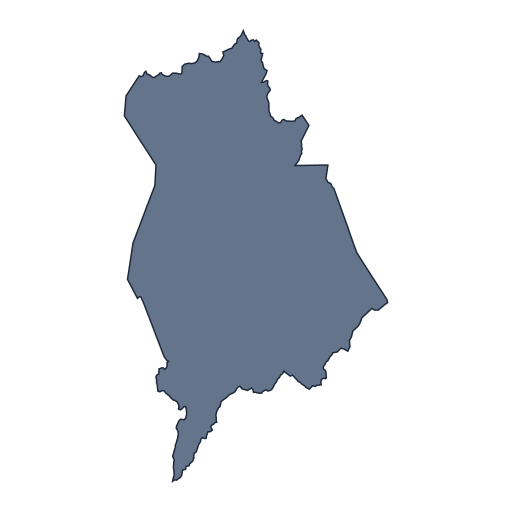 Serra Talhada, Pernambuco, Brazil (Equal Earth projection)
{"feature_id": "56859067B63489137036469", "entity_name": "Serra Talhada", "entity_type": "district", "adm_level": 2, "iso_a3": "BRA", "parent_name": "Brazil", "parent_adm1": "Pernambuco", "projection": "equal_earth", "projection_center": [-38.379, -8.059], "detail": "fine", "context": "isolated", "style": "filled", "palette": "slate", "viewbox_px": 512, "rotation_deg": 0, "n_neighbors": 0, "source": "geoboundaries", "source_scale": "gbopen_adm2", "svg_char_len": 4252}
<svg xmlns="http://www.w3.org/2000/svg" viewBox="0 0 512 512"><path d="M199.4,53.5L198.8,57.6L197.1,61.0L196.1,62.1L194.3,63.0L192.8,63.4L190.7,63.6L188.7,63.2L184.4,64.3L182.1,66.7L182.1,70.1L181.8,73.4L180.1,74.2L177.0,73.3L172.6,73.1L169.4,76.1L167.2,76.3L165.3,76.0L163.4,75.2L162.2,74.4L161.4,72.8L160.0,73.0L159.1,74.4L157.1,75.6L154.4,77.4L152.6,77.3L150.6,75.8L148.5,74.3L147.1,74.3L145.9,71.3L144.5,72.4L143.0,75.8L140.9,76.7L139.2,75.8L126.1,95.8L125.8,98.6L125.3,104.7L124.6,113.3L124.4,115.9L128.8,122.7L137.1,135.7L140.3,140.7L150.7,156.7L151.7,158.4L156.0,165.0L154.9,185.5L147.7,204.2L139.8,225.3L133.0,243.0L128.7,271.7L127.5,279.3L137.5,298.4L139.0,296.9L140.8,296.7L143.8,303.5L164.1,356.6L166.9,360.5L168.6,361.2L167.0,362.6L167.1,366.5L166.1,368.1L164.6,369.4L163.5,368.0L162.0,367.8L160.5,368.4L159.0,368.9L158.9,372.4L158.5,374.1L156.6,375.3L155.9,377.1L156.6,379.9L156.6,383.0L157.2,384.7L157.9,391.1L159.9,391.8L161.3,391.0L162.8,390.5L164.5,391.2L165.5,392.8L168.2,395.1L169.4,395.9L171.2,398.2L173.5,400.2L174.8,400.3L177.3,402.0L178.8,405.2L178.8,407.1L178.5,409.1L180.5,409.9L182.3,408.5L183.9,406.8L185.8,406.5L186.6,412.2L186.6,414.5L185.7,417.9L184.3,419.8L182.9,419.5L180.6,419.2L178.9,420.9L177.4,424.2L176.6,426.0L176.2,427.9L178.1,431.5L178.3,434.5L177.7,436.7L177.6,438.5L176.9,440.3L176.2,443.1L175.2,445.6L175.4,447.4L174.1,450.8L173.7,453.1L172.9,455.1L172.7,456.7L174.3,459.9L173.8,461.8L173.4,468.0L173.8,469.7L174.2,474.4L173.7,476.5L173.0,479.0L172.6,481.3L174.5,479.9L176.7,480.1L178.3,478.7L180.4,477.4L181.4,475.9L182.0,473.8L182.6,470.0L185.5,469.4L186.2,466.5L189.1,465.7L189.6,463.9L192.6,461.2L193.2,459.6L194.0,457.7L193.6,455.8L194.3,453.3L196.3,451.8L198.5,444.8L200.5,441.6L200.9,439.1L202.3,437.6L204.3,438.5L206.1,438.4L206.5,436.0L207.2,434.0L208.0,431.8L210.3,431.7L212.4,430.1L211.4,428.3L210.6,427.0L211.8,425.1L213.9,423.9L215.0,422.5L216.7,422.3L216.2,420.2L216.2,417.6L215.9,414.6L216.6,411.7L218.6,407.6L219.9,406.8L220.6,404.0L221.2,401.4L224.8,398.7L227.1,397.0L229.0,395.0L230.5,394.1L232.8,393.1L234.3,392.3L236.0,390.3L237.1,388.0L238.2,387.0L239.9,386.2L242.1,388.9L245.4,389.8L247.2,390.5L249.0,389.6L251.4,388.0L252.9,389.6L253.5,392.3L255.8,392.3L257.8,393.0L260.1,393.2L261.7,393.1L262.8,391.4L264.5,390.6L266.3,389.7L268.0,391.1L269.8,390.4L271.6,389.7L273.6,386.3L274.6,384.2L276.3,382.0L277.6,379.1L279.2,377.7L280.7,375.1L282.5,373.7L283.9,371.0L285.1,372.3L287.6,374.1L290.2,376.1L292.6,375.1L295.4,378.2L297.0,379.9L298.2,381.6L300.2,382.3L302.2,384.4L304.8,385.9L305.7,387.3L309.3,389.2L312.7,385.7L315.2,386.5L317.0,385.3L321.2,384.8L320.8,381.9L321.6,379.3L323.5,378.2L325.1,378.7L326.3,378.1L326.0,372.3L325.4,370.4L323.6,369.1L323.2,366.9L324.7,364.9L326.0,362.2L328.0,360.5L329.9,356.8L332.0,354.7L332.7,352.8L337.4,351.9L340.1,349.0L341.2,348.3L344.0,349.0L347.8,351.2L348.8,348.8L349.9,346.9L349.5,340.2L351.4,337.0L352.8,331.1L358.1,326.2L360.1,322.8L361.9,317.8L372.0,308.3L374.4,310.0L378.3,310.1L385.1,304.3L387.6,302.7L387.1,299.8L371.7,276.1L360.5,258.6L356.8,252.6L353.9,244.9L349.4,232.1L348.5,229.3L337.1,197.5L334.0,188.7L332.5,187.3L331.7,185.9L331.2,184.1L330.0,183.1L328.0,182.4L325.9,178.6L327.9,165.1L324.0,165.1L303.4,165.4L295.0,165.5L298.8,160.4L300.6,155.1L301.8,153.5L301.4,151.3L302.2,148.6L301.4,146.5L301.7,144.6L301.1,141.1L308.9,125.4L302.0,115.1L299.4,117.1L296.1,118.5L294.9,121.0L292.0,121.3L286.3,121.0L283.8,119.4L282.2,120.1L280.3,122.8L278.8,123.0L276.2,121.3L274.0,120.2L273.3,118.3L272.1,117.2L270.9,116.5L269.0,111.1L268.9,105.5L268.8,103.2L268.4,101.4L266.9,97.9L266.9,96.0L267.9,93.1L270.2,90.3L269.9,88.2L268.1,86.2L267.5,83.9L267.9,81.1L266.5,80.5L263.3,82.4L261.5,82.3L265.5,74.9L266.3,73.1L267.0,70.5L264.1,68.7L263.4,66.4L262.4,62.4L261.0,60.6L262.7,53.5L260.7,53.2L260.6,51.2L260.9,49.2L259.8,47.7L258.8,45.4L258.9,42.6L257.5,41.3L256.3,40.1L254.7,41.5L253.5,39.9L251.4,40.2L249.9,41.4L248.4,40.9L246.4,37.4L245.8,35.8L244.8,34.8L243.3,30.7L240.7,36.2L238.5,37.8L237.4,39.1L236.6,43.0L234.7,44.2L233.2,46.2L231.9,48.2L229.3,49.0L222.9,52.0L223.8,55.6L221.5,59.7L220.0,61.8L218.3,61.5L215.9,62.2L212.0,61.5L208.5,56.2L206.6,56.3L204.6,54.8L202.3,54.0L199.4,53.5Z" fill="#64748b" stroke="#1e293b" stroke-width="1.5"/></svg>